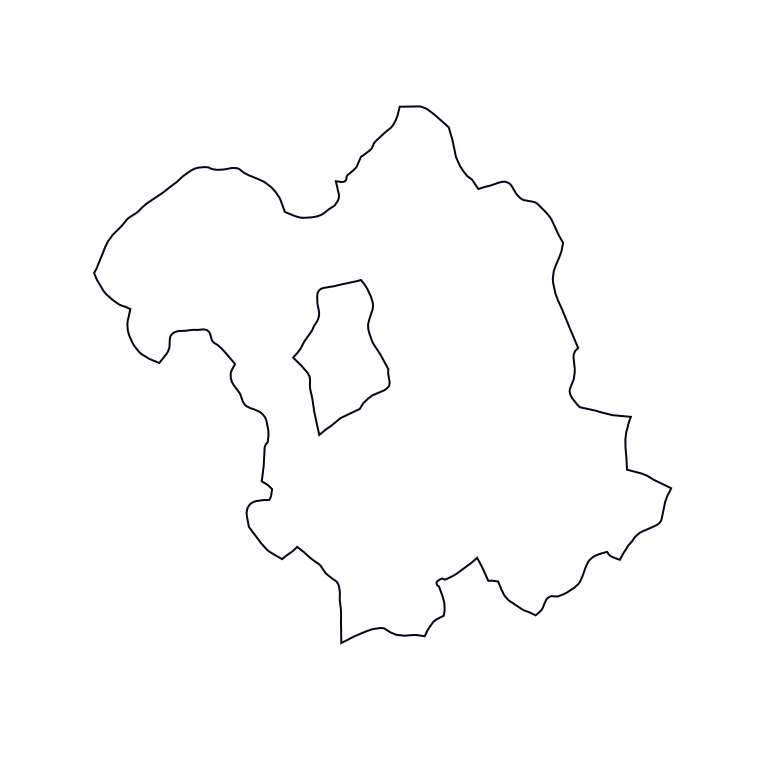 the Province of Töv, rotated 247°
{"feature_id": "MNG-3329", "entity_name": "Töv", "entity_type": "Province", "adm_level": 1, "iso_a3": "MNG", "parent_name": "Mongolia", "parent_adm1": "", "projection": "mercator", "projection_center": [106.662, 47.753], "detail": "fine", "context": "isolated", "style": "outline", "palette": "ink", "viewbox_px": 768, "rotation_deg": 247, "n_neighbors": 0, "source": "natural_earth", "source_scale": "10m", "svg_char_len": 5087}
<svg xmlns="http://www.w3.org/2000/svg" viewBox="0 0 768 768"><g transform="rotate(247 384 384)"><path d="M589.4,418.9L588.0,421.5L586.5,423.7L585.8,426.5L586.3,428.4L587.5,429.5L588.9,430.2L589.9,431.0L590.6,432.2L592.7,439.4L594.0,442.6L594.8,443.9L601.7,451.1L602.3,452.1L602.5,453.8L604.8,463.0L605.8,464.9L609.4,468.7L610.7,471.0L615.3,483.7L617.0,489.9L618.4,493.0L622.0,497.6L625.6,501.2L633.1,506.8L625.5,525.5L624.1,527.3L620.2,531.1L612.4,535.6L595.0,543.9L581.5,542.3L564.7,538.9L555.0,539.1L547.9,540.4L542.7,541.9L537.7,544.9L526.6,547.0L526.1,553.3L525.1,559.4L524.4,569.1L524.0,571.7L523.0,574.2L522.2,575.4L520.1,577.4L518.9,578.1L516.4,578.9L507.0,580.1L502.0,582.0L499.8,583.5L498.8,584.4L493.2,592.8L491.6,594.6L489.6,595.8L478.4,600.3L473.0,601.9L470.2,602.4L452.7,603.0L444.0,604.0L437.2,599.5L432.5,595.2L426.2,588.6L421.6,584.4L414.7,580.4L411.0,579.2L400.0,577.1L392.7,576.8L383.2,577.1L362.1,576.8L341.3,576.8L339.9,573.4L339.2,572.3L337.2,570.3L334.9,569.0L323.3,565.5L319.5,563.7L314.2,560.5L307.5,553.8L305.4,552.3L304.2,551.9L301.7,551.4L297.7,551.6L290.5,553.5L286.1,555.2L276.4,568.9L274.1,571.5L266.0,582.2L257.3,598.4L252.1,593.6L247.8,590.5L245.2,588.3L238.6,584.5L230.9,581.4L220.4,578.0L210.2,574.2L200.5,586.7L196.6,590.5L190.4,594.9L175.9,607.6L173.5,605.1L170.5,601.3L165.7,596.8L151.5,587.0L149.9,585.6L148.8,584.1L147.9,581.7L147.5,579.0L147.3,563.7L147.0,561.0L146.1,558.0L144.9,554.9L142.1,550.6L139.8,545.5L137.8,542.9L134.3,537.7L130.0,532.4L134.6,527.5L137.2,525.2L139.3,524.3L142.3,523.8L143.2,516.8L143.4,512.7L143.1,509.0L142.4,506.6L141.5,504.2L140.3,502.2L136.1,497.6L129.3,491.4L125.1,486.8L124.0,484.8L122.2,479.9L120.5,470.4L120.3,466.1L120.5,460.7L123.2,455.5L123.5,453.4L123.1,451.2L122.2,449.3L118.8,445.5L116.4,443.3L114.8,441.3L113.8,439.3L111.8,433.2L116.9,428.7L121.4,424.0L135.6,414.5L140.4,412.7L143.1,412.1L148.8,411.8L157.6,411.9L160.6,406.9L162.1,403.1L176.4,402.8L187.6,401.8L185.2,394.4L180.9,376.4L180.3,371.7L180.0,363.7L182.3,361.5L182.0,357.4L181.4,355.6L180.8,354.9L180.0,354.5L178.4,354.3L177.1,354.7L176.2,355.5L164.8,354.9L158.5,353.9L152.0,351.4L147.4,348.5L146.8,339.9L145.8,336.4L140.6,328.2L135.9,323.0L140.4,315.5L141.7,312.3L144.3,304.5L148.1,297.6L152.7,293.0L158.8,288.8L159.6,287.7L160.9,285.0L162.8,277.7L163.3,270.7L163.3,258.1L162.2,243.5L181.5,251.3L189.2,254.7L194.5,256.6L202.4,258.8L209.5,262.0L215.4,263.5L217.9,263.6L220.4,263.2L222.4,262.1L225.1,260.3L232.1,256.6L234.7,255.9L241.2,254.7L243.4,253.9L247.1,251.4L253.1,248.0L260.7,244.5L268.0,240.4L265.9,235.1L264.0,226.4L262.6,221.8L269.9,216.2L275.2,212.5L277.8,211.3L285.1,208.8L305.2,203.8L315.8,206.1L319.5,207.3L323.1,209.9L324.9,212.3L325.6,213.6L326.3,216.3L326.2,220.5L324.4,227.2L322.1,233.2L323.3,234.6L325.2,236.4L330.9,239.9L336.0,237.8L338.7,236.0L342.1,233.4L355.5,241.2L372.5,249.5L374.6,251.5L375.8,254.2L381.9,257.6L386.1,259.3L396.1,261.4L399.6,261.6L403.5,260.5L406.7,258.9L411.3,254.6L414.0,251.5L417.2,248.9L419.1,247.8L422.7,247.2L430.5,247.7L432.7,247.4L441.2,245.3L445.3,244.8L449.4,245.3L452.0,246.3L454.2,247.4L456.0,249.0L460.6,254.7L473.8,250.6L480.3,248.3L484.9,246.1L488.2,243.7L490.2,242.8L492.4,242.8L498.1,243.5L500.4,243.3L502.7,242.1L503.6,241.2L504.9,239.0L506.4,234.1L508.7,228.7L510.6,222.0L513.1,215.4L513.5,211.4L513.0,208.8L511.7,206.4L510.7,205.5L508.6,204.2L501.7,200.9L498.5,198.1L496.9,195.9L491.1,185.3L498.9,177.7L506.8,172.1L510.3,170.7L516.8,169.0L519.9,168.6L527.9,168.4L532.4,168.9L535.2,169.7L539.2,171.1L541.7,172.4L552.1,179.8L556.1,176.1L558.8,173.0L560.6,171.3L567.5,167.0L575.4,163.3L579.2,162.2L591.8,160.5L595.3,160.4L599.5,160.6L602.9,164.9L605.7,167.5L607.9,169.9L610.2,172.0L612.3,174.3L619.0,180.9L623.2,185.7L627.3,192.7L631.9,204.1L636.0,211.9L636.8,214.6L638.2,222.9L638.9,225.3L641.2,230.9L642.9,236.3L646.6,255.7L649.3,265.3L650.8,272.0L653.8,280.0L655.9,289.7L656.2,293.8L655.6,298.0L653.9,303.3L652.0,307.1L650.5,308.2L648.7,310.2L646.2,314.3L643.9,320.8L642.2,328.7L640.5,332.3L639.1,334.2L638.2,334.9L634.3,336.9L632.6,338.1L628.6,341.4L622.1,348.0L617.3,352.3L615.4,353.6L610.7,356.3L608.2,357.5L602.9,359.3L595.5,360.7L581.1,360.0L573.2,367.8L569.8,372.1L568.3,375.1L565.8,382.1L564.5,387.3L564.2,391.7L564.5,394.7L566.4,401.7L567.5,408.2L571.0,413.5L573.1,415.2L575.5,416.4L589.4,418.9ZM419.9,318.4L417.3,317.8L411.1,315.0L408.2,314.1L399.0,312.4L387.6,309.5L388.1,309.4L362.4,304.5L364.6,311.8L366.3,319.6L369.6,330.6L370.5,352.0L373.2,355.6L374.7,358.1L376.6,363.1L378.1,368.7L378.1,381.5L378.6,384.4L379.7,387.0L380.5,388.2L383.2,389.8L392.3,392.0L396.1,393.8L412.5,392.2L425.3,389.9L428.0,389.8L436.5,390.3L440.8,391.0L445.0,392.6L448.9,395.4L457.3,402.8L460.1,404.4L463.2,405.4L469.7,406.1L478.1,405.8L483.2,405.0L488.8,403.4L489.2,399.6L492.2,384.3L493.5,376.4L496.1,365.7L496.2,363.2L495.5,360.7L493.9,358.6L490.8,356.7L483.8,354.1L476.7,352.6L473.9,351.7L471.4,350.3L469.2,348.4L467.4,346.2L464.6,342.1L461.3,338.6L454.5,327.6L449.0,320.8L446.6,316.7L443.8,310.7L432.9,315.2L423.9,318.1L419.9,318.4Z" fill="none" stroke="#020617" stroke-width="2"/></g></svg>